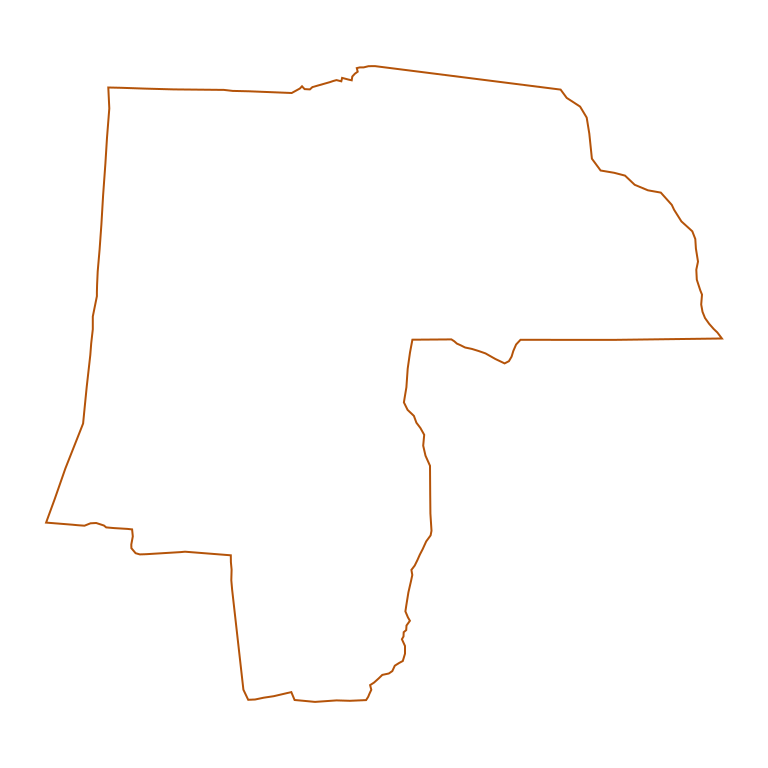 outline of Doun Kaev, Takêv, Cambodia
{"feature_id": "14789045B36227834850403", "entity_name": "Doun Kaev", "entity_type": "district", "adm_level": 2, "iso_a3": "KHM", "parent_name": "Cambodia", "parent_adm1": "Takêv", "projection": "mercator", "projection_center": [104.801, 10.986], "detail": "fine", "context": "isolated", "style": "outline", "palette": "amber", "viewbox_px": 768, "rotation_deg": 0, "n_neighbors": 0, "source": "geoboundaries", "source_scale": "gbopen_adm2", "svg_char_len": 2258}
<svg xmlns="http://www.w3.org/2000/svg" viewBox="0 0 768 768"><path d="M560.6,89.6L374.8,66.1L368.5,66.2L363.6,67.4L359.8,67.4L356.8,68.1L357.7,71.7L354.9,73.7L352.3,76.5L351.7,80.3L348.2,79.5L345.2,78.7L342.1,77.9L341.3,81.3L336.5,80.1L333.2,81.0L330.0,82.1L312.4,87.1L309.9,89.4L304.6,89.1L302.0,86.3L299.9,88.5L291.7,93.0L249.3,91.3L232.6,90.9L223.9,89.9L173.8,89.4L144.7,88.6L121.4,87.8L108.3,87.5L109.3,108.5L107.0,137.7L105.4,163.5L103.1,195.4L101.4,224.4L99.6,249.5L97.7,271.4L97.1,284.5L96.9,291.8L96.9,296.2L92.8,316.5L92.8,329.3L91.2,343.4L90.3,355.0L86.7,387.0L84.4,410.2L83.1,423.5L80.6,429.9L65.4,468.4L54.8,498.8L46.1,522.6L72.4,524.7L77.6,525.2L84.5,525.7L90.5,523.3L96.2,523.0L103.9,525.5L106.2,527.4L114.2,528.1L127.4,528.9L132.1,529.4L132.8,536.4L131.3,544.5L131.4,548.2L135.6,553.2L139.8,554.4L146.0,554.2L180.7,552.1L185.0,551.7L230.8,555.3L230.9,562.2L231.6,569.7L231.3,580.2L232.1,589.4L243.4,689.7L248.2,699.8L255.1,699.5L263.7,697.7L273.7,696.2L291.3,692.1L294.6,700.0L302.4,700.7L315.0,701.9L336.5,700.4L349.9,700.8L366.1,700.1L368.2,696.8L369.3,694.1L371.3,689.8L370.1,685.1L374.0,682.6L378.7,678.4L382.3,674.9L388.8,673.5L392.3,671.1L394.8,665.7L398.9,663.1L402.8,661.0L405.0,653.7L405.0,646.0L401.9,639.2L403.5,636.5L403.7,632.2L406.2,630.1L406.5,625.5L409.9,620.8L407.9,617.3L405.4,611.4L406.3,605.4L408.4,592.4L411.0,581.1L412.3,575.0L411.4,569.9L414.7,565.6L417.5,559.9L419.8,554.7L422.7,549.1L426.2,541.4L430.6,535.4L431.5,530.8L430.4,513.5L430.2,494.0L430.0,465.8L425.5,455.7L423.2,445.7L424.2,434.8L420.4,428.0L416.4,422.7L413.9,415.9L407.6,409.9L403.9,402.4L404.8,396.8L406.4,387.3L407.7,368.6L410.0,352.5L412.4,339.7L451.4,339.4L454.3,341.3L456.9,343.6L460.5,345.2L465.1,347.5L471.8,348.9L478.6,351.0L485.5,353.4L495.2,358.9L504.6,363.4L508.9,361.2L511.6,356.6L513.3,351.0L516.1,344.5L520.5,339.8L611.8,339.9L721.9,338.5L717.3,332.4L713.8,329.1L709.2,323.9L705.0,318.0L702.5,311.8L701.2,304.5L702.0,294.6L700.3,290.4L696.8,279.7L696.3,269.7L698.0,261.6L695.9,248.5L695.3,239.0L692.3,231.3L681.4,221.4L674.1,209.8L671.8,204.9L660.8,192.6L647.9,190.3L634.7,184.8L625.0,175.6L614.2,172.8L600.6,170.5L591.9,158.7L589.3,133.6L586.7,117.6L580.1,106.6L566.7,97.9L560.6,89.6Z" fill="none" stroke="#b45309" stroke-width="2"/></svg>